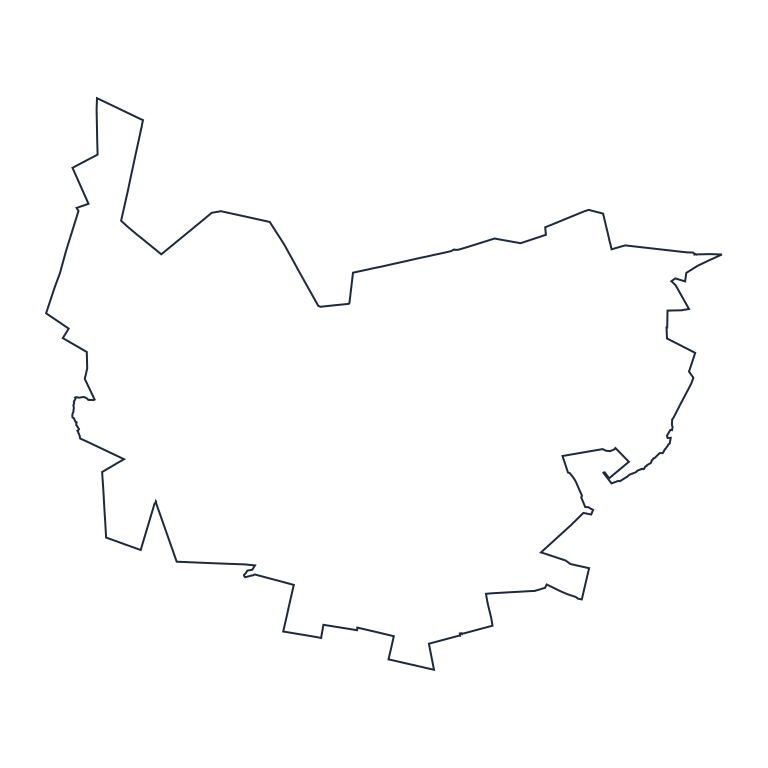 outline of Carbó, Sonora, Mexico
{"feature_id": "50627088B75873574632093", "entity_name": "Carbó", "entity_type": "district", "adm_level": 2, "iso_a3": "MEX", "parent_name": "Mexico", "parent_adm1": "Sonora", "projection": "mercator", "projection_center": [-111.077, 29.739], "detail": "fine", "context": "isolated", "style": "outline", "palette": "slate", "viewbox_px": 768, "rotation_deg": 0, "n_neighbors": 0, "source": "geoboundaries", "source_scale": "gbopen_adm2", "svg_char_len": 5656}
<svg xmlns="http://www.w3.org/2000/svg" viewBox="0 0 768 768"><path d="M721.9,254.5L709.8,254.1L697.0,254.4L696.5,254.4L696.3,254.6L695.7,254.2L695.2,254.2L694.8,254.4L694.9,253.8L694.7,253.6L694.3,253.5L693.7,253.4L693.4,253.1L693.1,252.7L692.8,252.5L687.0,252.4L625.2,245.4L620.2,246.8L611.6,249.3L610.7,245.5L610.4,244.2L610.3,243.7L609.4,240.6L609.4,240.3L607.8,233.3L605.2,222.6L603.1,213.6L588.7,209.9L584.9,211.1L580.1,213.0L574.3,215.4L561.6,220.6L545.2,227.3L545.9,234.8L520.6,243.2L506.6,240.7L497.6,239.1L494.6,238.5L466.3,247.4L459.1,249.5L458.7,249.6L457.7,249.8L455.0,249.8L454.6,249.8L454.2,249.5L451.1,251.1L443.4,252.9L432.6,255.2L427.0,256.5L421.5,257.6L413.0,259.5L406.1,261.1L394.8,263.6L385.9,265.6L382.5,266.4L374.9,267.9L364.5,270.2L353.0,272.7L349.9,299.0L349.5,302.0L349.5,302.7L349.2,303.4L348.9,303.8L348.3,303.9L347.8,303.9L347.2,304.0L345.4,304.2L341.3,304.6L333.2,305.4L322.2,306.6L320.3,306.8L319.5,306.3L318.3,305.9L304.5,281.3L302.3,277.3L301.0,275.0L299.5,272.4L299.4,272.2L294.7,263.5L286.9,249.4L284.9,245.7L280.6,238.8L277.5,234.1L269.8,222.0L265.4,221.0L245.6,216.6L220.9,211.2L218.7,211.6L211.7,212.8L204.3,219.0L176.9,241.5L161.3,254.3L147.3,242.9L141.8,238.4L138.2,235.6L128.3,227.3L126.7,225.9L121.1,220.7L127.7,191.6L129.7,182.0L135.6,154.4L139.1,138.5L140.5,131.9L141.9,125.7L142.0,124.7L143.0,120.1L138.9,118.3L105.6,102.3L97.0,98.2L96.6,109.7L97.0,130.2L97.2,140.1L97.6,154.6L87.1,160.1L72.5,167.8L88.5,203.8L76.6,207.9L78.5,210.9L66.1,250.7L62.4,264.2L59.9,273.3L54.8,287.0L47.4,309.3L46.1,313.3L68.7,328.6L62.8,338.1L86.8,352.0L87.2,368.4L85.7,375.0L85.3,376.7L84.8,378.9L94.6,399.5L94.2,399.7L93.9,400.0L93.4,400.1L92.8,400.1L92.2,399.9L91.4,400.0L90.7,399.9L89.9,400.0L89.4,399.8L88.7,400.0L88.2,399.8L87.8,399.3L87.2,398.7L86.6,398.2L85.9,397.9L84.8,397.3L83.8,397.0L82.7,397.1L81.5,397.3L81.0,397.4L80.3,397.5L79.8,397.6L78.9,397.7L77.5,397.4L76.4,397.1L75.1,397.6L75.5,398.2L75.5,398.5L75.5,398.8L75.4,399.0L75.0,399.7L74.5,400.5L74.2,401.2L74.2,401.3L74.0,401.5L73.9,401.5L73.8,401.8L73.8,402.0L74.1,403.3L74.1,403.6L73.7,404.4L73.5,404.9L73.4,405.8L73.6,406.2L73.8,407.6L73.8,408.6L73.5,409.9L73.4,410.6L73.5,411.5L73.4,412.0L72.9,412.8L72.7,413.4L72.5,414.2L72.3,415.4L72.4,415.9L72.4,417.2L72.8,417.6L73.5,418.1L73.9,418.2L74.0,418.4L74.3,418.9L74.3,419.3L75.5,421.8L76.2,422.0L76.6,422.2L76.6,422.5L76.5,422.8L76.3,422.9L76.2,423.0L76.3,425.1L76.7,425.4L77.0,425.8L77.0,426.1L77.4,426.6L77.7,427.0L78.0,427.7L78.3,428.0L78.6,428.6L79.0,429.1L78.9,429.3L78.7,429.6L78.3,430.0L77.9,430.5L77.5,430.8L77.8,431.0L78.1,431.3L78.2,432.1L78.2,432.6L78.7,433.5L79.1,434.2L79.5,435.5L79.8,436.4L79.8,436.8L80.0,437.9L80.1,438.5L82.4,439.5L84.6,440.5L88.9,442.5L100.9,448.2L103.5,449.4L103.6,449.5L124.0,459.2L115.7,464.0L110.7,467.0L105.5,470.0L102.1,472.0L103.2,487.8L104.7,514.1L105.3,523.3L106.1,537.6L107.9,538.2L124.5,544.2L125.0,544.4L140.7,550.0L154.6,503.5L155.4,502.8L155.8,502.2L155.9,501.2L156.0,501.3L156.3,503.7L158.1,508.8L176.7,561.7L215.1,563.3L244.8,564.4L255.0,565.4L252.2,569.8L247.3,570.6L246.1,572.7L244.7,574.3L244.2,574.7L244.0,575.0L243.9,575.4L244.1,575.9L244.4,576.3L245.1,577.2L245.9,577.0L246.9,576.8L248.8,576.3L250.0,575.9L251.2,575.6L251.7,575.5L252.1,575.5L252.4,575.4L252.9,575.4L253.9,574.8L254.7,574.5L254.9,574.5L255.1,574.5L255.7,574.7L293.8,584.9L289.1,605.4L286.3,618.1L283.2,631.5L300.5,634.4L303.7,634.9L314.4,636.7L318.2,637.4L321.1,638.0L323.4,624.8L357.1,630.2L357.3,627.6L362.9,628.9L366.8,629.8L368.2,630.1L393.8,636.2L392.1,643.9L392.0,644.5L391.6,646.1L388.5,659.4L390.5,659.8L410.0,664.3L415.1,665.4L417.1,665.9L430.6,669.0L434.0,669.8L428.9,643.7L459.3,635.6L459.6,635.6L460.0,635.7L459.8,633.5L461.3,633.3L461.3,633.8L461.9,634.1L462.0,633.7L464.6,633.2L470.9,631.5L476.0,630.1L492.5,625.7L491.3,618.4L489.0,608.8L488.2,605.6L487.3,601.5L486.3,595.7L486.0,593.8L491.8,593.3L495.1,593.1L497.2,593.0L507.2,592.4L509.0,592.3L520.1,591.7L526.6,591.3L535.1,590.9L535.3,590.7L535.5,590.7L536.0,590.5L540.3,589.3L541.9,588.7L545.0,587.9L546.7,584.5L552.3,587.2L554.9,588.5L559.4,590.7L562.0,591.9L567.2,594.1L571.6,595.6L575.6,596.9L578.0,598.7L581.8,599.4L587.1,576.7L589.1,568.2L570.4,564.0L565.6,560.5L541.0,552.4L571.2,524.9L583.4,512.9L590.6,514.4L591.2,514.5L593.1,509.9L590.0,508.3L588.4,507.2L585.2,507.0L581.2,497.3L582.0,495.8L576.1,482.3L575.2,480.6L573.6,478.0L569.8,473.1L568.0,472.6L562.5,456.0L602.6,449.1L605.9,450.7L610.0,451.2L614.3,449.4L615.4,448.0L628.9,461.8L609.1,478.3L604.7,472.3L604.1,472.3L603.4,472.8L609.6,480.9L611.5,483.4L618.3,480.9L619.9,481.2L627.2,476.7L629.5,474.7L632.6,473.5L635.0,472.6L635.7,472.3L637.5,470.6L640.3,469.5L641.0,469.3L641.2,469.0L641.4,469.0L641.8,469.0L642.2,468.8L642.5,468.9L643.3,469.2L643.8,469.1L644.0,468.9L644.1,468.5L644.6,467.9L645.0,466.9L645.4,466.5L645.9,466.2L646.2,466.1L646.5,466.0L646.8,465.7L646.9,465.3L648.3,464.4L650.5,463.2L650.8,463.0L651.4,461.7L651.7,460.3L652.7,459.7L653.0,459.0L653.3,458.6L653.5,458.3L653.6,458.2L654.0,458.2L654.6,458.1L659.6,453.1L662.7,453.1L664.0,451.1L663.9,451.0L664.4,450.3L664.6,449.8L664.8,449.4L665.3,449.1L665.8,448.4L666.6,447.2L667.1,446.5L667.7,445.8L668.0,445.2L668.4,444.4L668.9,444.1L669.3,443.8L669.7,443.5L670.7,437.8L667.7,438.0L666.9,435.8L670.3,430.0L672.0,430.1L672.6,427.1L671.9,424.7L672.2,419.4L673.3,418.0L674.8,415.2L680.5,404.0L689.7,386.6L691.3,383.4L693.4,377.8L689.0,371.6L695.2,352.9L673.7,341.9L667.0,338.5L666.5,327.5L667.2,327.5L667.5,310.6L681.3,310.3L683.1,310.0L689.0,309.0L675.6,285.2L671.4,281.2L675.3,278.4L685.1,281.4L686.3,272.9L697.6,265.8L709.8,260.0L721.9,254.5Z" fill="none" stroke="#1e293b" stroke-width="2"/></svg>